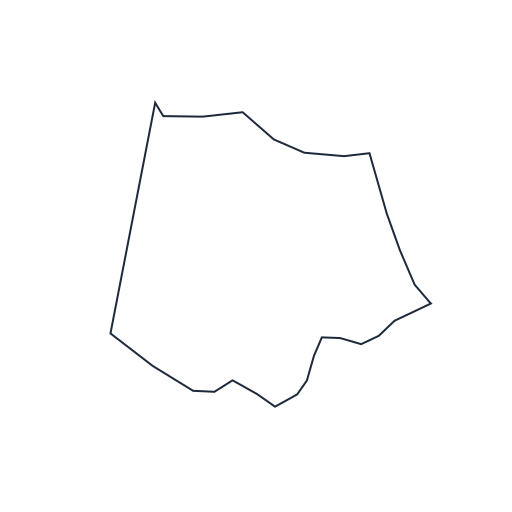 Geumjeong-gu, Busan, South Korea, rotated 305°
{"feature_id": "91817680B87761816793360", "entity_name": "Geumjeong-gu", "entity_type": "district", "adm_level": 2, "iso_a3": "KOR", "parent_name": "South Korea", "parent_adm1": "Busan", "projection": "robinson", "projection_center": [129.093, 35.254], "detail": "fine", "context": "isolated", "style": "outline", "palette": "slate", "viewbox_px": 512, "rotation_deg": 305, "n_neighbors": 0, "source": "geoboundaries", "source_scale": "gbopen_adm2", "svg_char_len": 523}
<svg xmlns="http://www.w3.org/2000/svg" viewBox="0 0 512 512"><g transform="rotate(305 256 256)"><path d="M323.7,85.5L109.1,181.2L106.7,234.6L109.5,281.8L120.9,299.8L140.7,308.1L143.5,335.8L143.5,358.0L154.1,363.2L166.2,369.1L183.2,369.1L207.3,360.8L227.1,356.6L237.0,371.9L244.1,392.7L261.1,402.4L282.4,406.6L317.4,426.5L317.8,424.6L323.5,402.4L343.3,370.5L365.9,338.6L405.3,290.0L388.3,270.9L368.3,236.3L361.7,203.8L366.1,162.6L339.5,132.3L317.4,99.8L323.7,85.5Z" fill="none" stroke="#1e293b" stroke-width="2"/></g></svg>